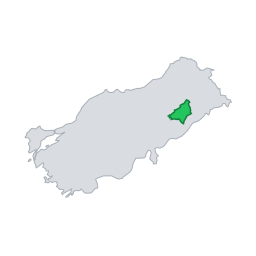 Turkey, with Diyarbakir highlighted, rotated 332°
{"feature_id": "TUR-2309", "entity_name": "Diyarbakir", "entity_type": "Province", "adm_level": 1, "iso_a3": "TUR", "parent_name": "Turkey", "parent_adm1": "", "projection": "equal_earth", "projection_center": [40.236, 38.057], "detail": "fine", "context": "in_parent", "style": "filled", "palette": "green", "viewbox_px": 256, "rotation_deg": 332, "n_neighbors": 0, "source": "natural_earth", "source_scale": "10m", "svg_char_len": 4831}
<svg xmlns="http://www.w3.org/2000/svg" viewBox="0 0 256 256"><g transform="rotate(332 128 128)"><path d="M195.3,91.2L198.6,92.4L199.7,91.5L202.8,91.6L205.5,92.3L207.0,90.4L209.0,90.6L209.3,91.6L210.2,91.9L213.1,94.4L212.8,94.8L213.5,95.7L216.0,96.3L216.2,97.6L218.1,99.5L219.2,102.4L218.6,104.5L217.6,105.8L219.2,110.3L218.7,110.8L221.7,112.3L225.5,112.1L226.7,112.7L230.3,116.2L231.3,117.6L228.8,115.9L227.4,117.4L226.7,120.9L222.7,121.5L223.4,123.8L224.5,124.8L224.2,127.0L224.5,127.8L225.6,129.2L225.5,131.2L225.9,133.2L226.0,135.7L227.7,136.5L226.9,137.6L225.2,142.6L225.3,143.0L226.5,143.1L229.4,145.5L228.9,146.2L229.3,149.4L231.7,151.5L231.4,152.6L231.5,153.7L229.7,153.2L226.2,156.1L225.8,156.0L225.3,155.0L225.1,152.1L224.3,151.4L223.1,151.2L221.2,152.5L219.5,152.5L217.7,152.2L213.0,150.4L211.3,151.0L209.5,150.4L206.1,153.9L205.0,154.2L204.5,152.4L203.3,151.4L201.7,152.8L195.7,154.5L193.0,154.8L189.6,154.2L186.8,154.3L179.2,158.3L171.9,160.4L165.4,160.2L161.9,157.8L159.1,157.2L150.8,161.0L146.7,160.8L145.3,159.3L142.2,158.6L141.5,160.1L140.8,163.7L141.8,166.9L140.1,167.1L138.9,167.9L138.6,170.3L137.0,171.3L136.4,172.8L136.1,172.8L133.5,171.6L134.3,170.4L132.7,165.8L133.6,164.4L137.0,160.7L136.9,158.6L135.5,157.1L131.2,159.8L130.8,160.8L129.8,161.6L128.2,162.0L120.7,158.4L116.1,161.5L112.2,166.0L109.3,167.7L100.8,169.0L99.3,169.8L96.4,168.9L94.7,167.7L91.0,162.5L83.7,158.7L76.0,157.7L75.2,158.7L74.8,162.7L73.4,166.4L72.8,166.8L71.1,165.9L65.0,168.1L59.9,165.6L59.1,164.6L58.2,160.2L57.4,159.9L56.6,160.5L55.7,160.5L52.1,158.6L50.1,158.5L48.9,160.3L46.9,161.1L46.8,160.6L47.7,159.4L44.6,159.6L42.9,160.5L40.7,160.0L40.9,159.5L42.7,158.9L46.9,158.2L49.6,155.3L39.8,155.5L38.8,156.1L38.7,154.6L39.3,153.9L42.0,153.4L41.9,152.1L40.3,150.8L38.7,150.1L38.1,147.0L37.2,146.2L37.4,145.8L39.0,145.2L39.5,143.0L39.3,141.6L36.2,140.4L35.5,140.5L34.8,139.3L33.5,138.4L32.3,139.1L29.3,137.3L29.9,135.9L30.7,136.0L30.9,134.9L30.4,133.2L30.5,132.3L31.2,132.0L32.0,132.2L32.7,133.3L32.7,135.2L33.5,136.4L34.2,135.2L35.6,135.9L38.2,135.3L38.7,134.8L36.8,134.8L36.2,134.3L34.8,131.1L36.5,130.1L37.7,128.5L35.6,127.5L36.1,125.2L34.4,122.7L37.1,119.5L37.0,119.0L36.3,118.9L28.4,120.2L28.4,118.8L29.1,117.5L29.2,114.4L29.7,112.8L31.1,112.3L33.0,109.8L36.1,107.0L39.0,107.0L40.2,106.2L42.0,106.2L42.5,107.3L43.9,108.1L46.7,108.0L48.0,107.2L46.8,105.8L48.4,105.4L49.6,105.7L48.9,107.2L49.2,107.4L52.8,106.9L56.4,107.3L60.5,107.1L61.1,106.6L58.3,105.1L60.2,103.7L61.2,103.4L69.8,102.2L69.9,101.9L64.7,101.2L62.1,99.4L61.4,98.4L62.1,96.0L62.7,95.4L64.6,95.3L70.9,96.4L75.5,95.7L80.4,97.3L85.2,97.0L86.2,96.3L87.5,94.0L94.4,90.2L96.8,88.2L107.4,84.4L123.1,85.1L125.8,83.6L127.4,84.1L127.0,85.1L127.0,86.0L128.8,88.3L131.6,89.6L135.5,88.5L136.9,88.9L138.2,92.5L140.6,94.6L141.7,94.8L143.2,93.5L144.6,93.4L146.8,94.6L147.6,95.9L155.1,97.4L156.6,98.5L161.7,99.5L172.9,97.0L177.0,98.7L180.5,99.3L182.0,99.0L186.5,97.0L187.9,95.8L190.7,94.8L194.3,92.5L195.3,91.2ZM51.2,84.9L50.8,86.5L51.3,88.2L52.8,90.7L54.3,91.9L61.7,95.3L60.5,98.4L58.5,98.9L52.1,97.4L49.4,98.6L47.5,98.3L44.8,98.9L43.9,100.7L41.9,102.9L36.5,105.6L31.4,110.9L30.0,111.6L30.7,109.8L30.8,108.2L33.0,106.3L36.0,104.9L36.9,103.8L29.4,104.0L28.8,102.3L29.6,102.0L32.2,99.1L32.5,98.0L32.5,95.1L35.5,93.5L35.8,92.8L35.5,90.0L32.8,88.4L33.0,87.6L35.0,86.9L36.2,85.0L39.1,84.6L40.5,83.6L43.1,83.2L46.0,85.6L49.7,84.7L51.2,84.9ZM27.5,110.7L25.0,111.1L24.3,110.7L25.1,109.8L27.1,109.3L27.6,110.1L27.5,110.7Z" fill="#d9dde1" stroke="#a8b0b8" stroke-width="1"/><path d="M192.8,130.6L193.4,131.4L194.1,131.9L194.2,132.5L194.1,133.1L194.2,133.5L194.6,133.6L194.6,134.1L194.2,134.3L193.9,134.3L193.5,134.5L192.9,134.7L192.7,135.1L192.6,135.6L192.4,136.4L192.3,137.2L192.4,138.8L192.3,139.6L192.2,139.9L192.0,140.3L191.5,142.0L191.0,142.5L190.5,142.9L190.4,143.3L190.5,143.7L190.6,144.2L190.8,144.7L190.1,145.0L186.3,144.9L185.1,145.2L185.0,145.5L184.4,146.2L183.6,146.3L182.4,147.3L181.8,147.5L180.6,148.4L180.1,148.9L179.0,150.3L178.5,149.7L178.2,148.9L177.8,147.8L177.7,147.6L177.6,147.2L177.5,146.1L177.6,144.5L177.4,144.1L177.2,144.1L176.7,143.7L176.4,143.6L176.2,143.9L175.7,143.7L175.2,143.3L174.9,143.1L174.6,143.0L173.8,142.3L173.2,141.6L172.6,141.3L171.9,141.3L171.0,141.1L170.2,140.7L170.6,140.4L170.7,140.2L170.8,139.4L170.9,139.1L170.9,138.7L170.6,138.3L169.7,138.7L169.4,138.5L169.8,137.2L169.7,136.8L169.6,136.5L169.4,136.3L170.9,136.1L171.8,136.3L172.7,136.4L173.2,136.2L174.0,136.0L174.3,135.9L175.2,135.8L176.0,135.8L176.4,135.7L176.7,135.5L177.0,135.0L177.2,134.6L177.4,134.1L177.9,134.0L178.1,134.1L178.5,134.4L178.7,134.5L182.4,134.4L183.6,134.3L184.1,134.1L184.3,133.7L184.4,133.2L184.4,132.8L185.0,132.5L186.1,132.4L186.5,132.4L187.0,132.5L188.9,132.6L189.6,132.4L190.9,131.6L192.3,131.0L192.8,130.6Z" fill="#22c55e" stroke="#15803d" stroke-width="1.5"/></g></svg>